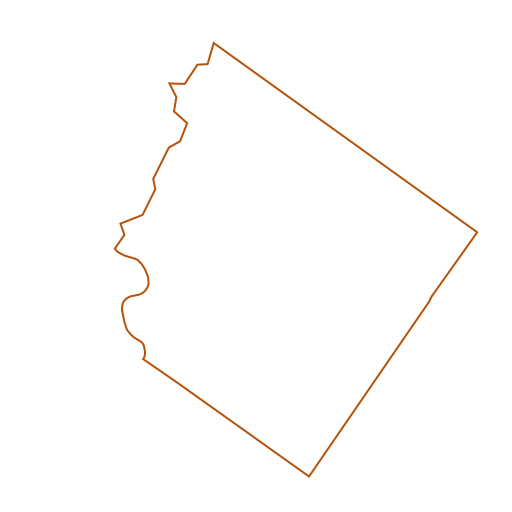 outline of Andrew, Missouri, United States of America, rotated 35°
{"feature_id": "52423323B15965719285225", "entity_name": "Andrew", "entity_type": "district", "adm_level": 2, "iso_a3": "USA", "parent_name": "United States of America", "parent_adm1": "Missouri", "projection": "mercator", "projection_center": [-94.923, 39.975], "detail": "fine", "context": "isolated", "style": "outline", "palette": "amber", "viewbox_px": 512, "rotation_deg": 35, "n_neighbors": 0, "source": "geoboundaries", "source_scale": "gbopen_adm2", "svg_char_len": 796}
<svg xmlns="http://www.w3.org/2000/svg" viewBox="0 0 512 512"><g transform="rotate(35 256 256)"><path d="M424.0,194.0L423.1,188.5L423.6,109.7L99.2,105.8L106.3,126.6L98.3,132.9L98.9,155.9L86.1,164.3L99.6,171.5L105.9,184.6L123.4,186.7L128.0,205.5L122.4,217.1L127.6,251.8L135.2,259.1L139.5,287.4L126.4,307.2L136.1,314.2L136.1,330.9L138.4,331.6L140.8,332.0L147.7,331.2L158.4,327.6L161.4,327.1L167.1,328.2L172.8,330.6L179.8,335.2L183.4,339.6L184.7,342.2L185.1,344.3L185.2,347.8L184.3,351.6L182.0,355.2L176.6,360.7L175.1,363.2L173.9,366.4L173.8,370.7L175.9,375.2L177.4,377.3L186.0,385.5L192.8,390.5L198.0,392.1L203.0,392.7L210.8,392.2L213.2,392.5L215.1,393.4L219.5,397.5L221.2,399.8L222.4,402.4L222.7,405.2L263.2,404.9L425.9,406.2L424.0,194.0Z" fill="none" stroke="#b45309" stroke-width="2"/></g></svg>